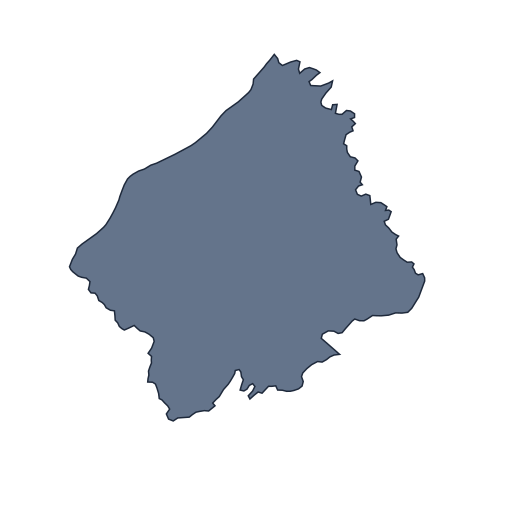 outline of Ribamar Fiquene, Maranhão, Brazil, rotated 48°
{"feature_id": "56859067B76896659935241", "entity_name": "Ribamar Fiquene", "entity_type": "district", "adm_level": 2, "iso_a3": "BRA", "parent_name": "Brazil", "parent_adm1": "Maranhão", "projection": "natural_earth1", "projection_center": [-47.299, -5.958], "detail": "fine", "context": "isolated", "style": "filled", "palette": "slate", "viewbox_px": 512, "rotation_deg": 48, "n_neighbors": 0, "source": "geoboundaries", "source_scale": "gbopen_adm2", "svg_char_len": 3346}
<svg xmlns="http://www.w3.org/2000/svg" viewBox="0 0 512 512"><g transform="rotate(48 256 256)"><path d="M122.9,139.4L126.3,143.1L129.0,148.5L129.6,152.1L129.6,166.2L127.9,180.9L128.4,188.1L131.0,202.0L131.8,210.7L131.2,225.3L130.5,230.5L126.2,248.1L120.5,267.8L118.1,273.4L116.7,280.8L114.3,286.4L112.9,292.7L112.6,296.3L112.8,299.9L115.0,306.3L117.5,311.3L120.7,317.4L122.6,320.3L126.2,328.2L128.2,333.4L130.2,339.1L132.3,346.6L132.7,350.0L132.7,359.4L130.7,377.3L130.6,383.4L133.8,388.8L135.6,394.7L139.2,401.8L142.1,402.7L145.1,402.7L151.9,401.6L155.2,399.8L158.9,396.9L163.9,396.5L166.5,399.6L168.7,402.9L173.0,403.3L175.9,400.5L179.3,400.6L183.9,402.6L187.7,401.4L190.7,401.2L194.2,402.0L198.9,400.5L202.0,397.9L206.0,400.8L209.5,403.6L213.2,403.5L216.9,404.7L220.1,404.3L222.9,403.4L224.3,399.1L226.1,393.0L230.4,392.7L234.2,392.2L238.0,389.4L242.3,387.9L247.9,387.0L251.3,388.8L254.6,395.2L256.1,401.3L260.7,400.8L263.2,403.4L265.6,405.3L267.5,409.2L269.6,412.9L272.8,415.3L274.9,418.3L277.2,420.8L280.6,417.3L283.9,416.4L288.0,418.0L293.1,420.4L297.2,423.3L299.9,422.2L303.9,422.2L308.3,421.9L312.0,422.6L313.4,428.3L318.7,430.1L323.2,427.9L324.0,422.5L331.1,413.4L331.3,409.3L331.9,405.1L333.7,402.0L336.3,397.9L339.5,394.9L339.9,386.7L336.3,386.6L335.9,381.6L335.9,377.4L333.5,369.5L332.7,362.4L331.8,358.8L330.5,354.6L329.1,350.5L327.2,348.0L329.1,344.5L332.1,344.9L335.9,347.5L339.5,348.2L342.0,352.7L345.0,357.5L348.2,355.3L348.9,351.8L347.7,347.6L348.6,343.9L352.2,344.1L354.1,348.9L354.7,355.3L358.2,356.2L358.2,350.3L358.5,345.4L362.0,343.3L361.5,337.5L361.2,333.9L363.3,331.6L365.7,328.2L370.1,329.6L373.4,326.2L377.0,323.8L379.4,321.1L381.3,317.8L383.2,313.3L383.5,308.8L380.9,304.9L376.1,302.9L374.2,299.5L373.7,293.5L374.0,287.3L375.6,280.9L379.1,277.8L380.2,272.9L380.4,268.7L381.8,264.3L385.0,259.7L372.2,261.2L360.9,262.6L358.5,259.0L360.0,252.4L364.0,248.4L368.5,246.8L370.6,243.3L369.8,237.8L368.7,228.2L368.9,224.8L373.3,222.4L376.4,219.1L377.2,215.8L378.2,209.2L380.7,206.7L384.2,203.0L388.7,197.0L391.7,190.3L396.1,185.7L399.4,180.9L399.1,175.3L396.4,166.0L395.5,162.7L387.5,147.4L385.1,145.3L380.6,143.9L378.5,148.1L375.5,149.0L372.0,147.6L368.9,147.2L367.6,143.9L364.6,144.3L361.8,147.8L357.4,149.0L353.5,149.8L348.0,149.0L344.3,147.2L342.1,143.8L337.3,140.6L336.6,136.7L333.5,137.9L329.1,139.0L323.9,138.6L319.5,139.0L316.0,137.5L317.3,133.0L315.6,129.8L313.5,125.9L310.7,126.6L308.8,129.3L306.9,125.7L303.3,126.6L299.9,127.5L296.3,131.0L294.5,136.2L290.8,133.5L287.3,131.0L283.5,133.0L281.9,137.7L278.0,139.4L273.4,137.7L272.6,133.0L274.2,129.3L270.8,129.2L267.9,124.8L262.1,122.9L258.3,125.1L255.3,122.4L253.5,116.6L249.4,116.8L245.4,119.5L240.2,118.8L237.2,117.0L234.8,114.8L231.2,115.8L228.8,112.2L226.1,107.9L226.7,103.6L227.9,100.1L224.1,98.4L224.1,93.6L220.9,93.6L217.4,94.0L219.0,90.1L216.3,87.6L211.4,88.8L208.4,91.4L208.3,97.2L206.2,99.6L203.1,101.5L197.6,94.3L194.9,97.8L197.6,102.0L192.6,105.3L188.1,106.4L185.0,104.8L183.3,102.0L181.7,95.1L180.8,87.1L177.1,81.9L176.1,86.3L173.0,94.2L165.9,101.3L161.9,99.9L162.3,96.5L162.1,90.2L162.5,85.8L158.1,86.7L155.4,88.1L151.7,90.2L149.6,94.7L149.5,101.3L145.5,99.4L141.1,93.4L137.8,94.9L135.0,100.5L132.1,108.9L127.6,109.7L123.8,107.8L118.4,107.5L119.7,114.9L120.2,119.5L121.1,123.7L122.9,139.4Z" fill="#64748b" stroke="#1e293b" stroke-width="1.5"/></g></svg>